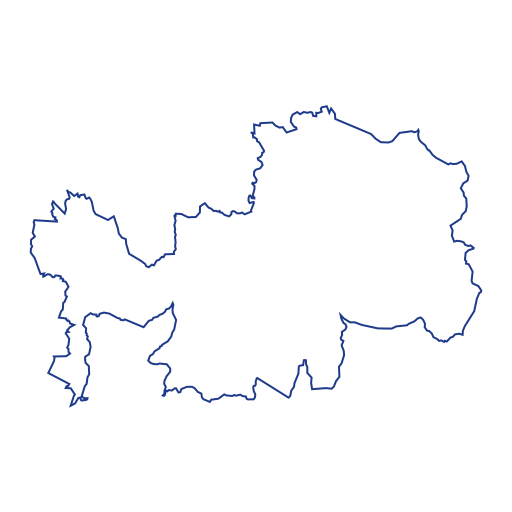 Albino Zertuche, Puebla, Mexico (Natural Earth projection)
{"feature_id": "50627088B37931704474648", "entity_name": "Albino Zertuche", "entity_type": "district", "adm_level": 2, "iso_a3": "MEX", "parent_name": "Mexico", "parent_adm1": "Puebla", "projection": "natural_earth1", "projection_center": [-98.563, 18.013], "detail": "fine", "context": "isolated", "style": "outline", "palette": "blue", "viewbox_px": 512, "rotation_deg": 0, "n_neighbors": 0, "source": "geoboundaries", "source_scale": "gbopen_adm2", "svg_char_len": 5987}
<svg xmlns="http://www.w3.org/2000/svg" viewBox="0 0 512 512"><path d="M462.6,334.8L462.9,330.7L464.9,326.0L474.2,311.2L476.9,298.6L479.4,292.8L480.8,292.3L481.3,290.5L478.3,286.0L472.6,283.4L471.6,280.9L472.6,271.6L468.8,264.3L466.0,263.6L466.3,261.3L465.0,259.9L465.6,252.9L468.7,250.2L473.5,248.6L473.7,247.9L470.5,245.4L468.5,246.0L465.2,244.9L463.7,242.3L460.9,241.3L456.9,240.8L454.2,241.6L451.9,235.8L452.6,230.5L450.5,225.6L460.7,218.9L462.1,214.8L465.7,211.2L466.7,206.6L466.3,198.7L463.9,195.6L463.6,192.5L460.8,188.3L463.3,183.3L467.5,180.7L468.6,175.9L466.3,171.7L465.0,166.1L461.7,161.4L456.6,163.8L452.7,164.1L450.5,163.3L448.3,164.4L436.1,157.8L432.8,155.1L429.2,150.3L428.3,150.3L427.0,148.6L425.2,145.3L420.6,141.6L418.8,138.8L418.1,134.5L418.8,131.2L418.3,129.9L417.4,131.3L414.4,132.3L411.8,131.2L399.5,132.9L392.4,141.1L388.5,142.5L380.8,142.2L375.6,138.7L371.0,134.0L335.3,119.0L334.9,113.7L331.1,108.5L329.3,112.8L326.8,106.3L321.8,107.3L320.8,108.7L321.7,111.7L318.2,113.0L316.3,112.8L316.3,116.3L313.2,115.9L312.2,112.7L310.6,112.0L307.3,112.8L303.8,112.0L300.1,114.2L297.2,112.1L292.7,114.6L291.1,117.9L290.8,121.9L294.1,126.7L296.2,127.5L296.5,129.2L286.6,132.5L282.7,127.1L279.5,127.6L275.3,125.5L272.5,122.5L260.4,123.2L259.8,125.8L254.1,124.5L254.5,133.5L250.8,132.3L252.7,133.6L253.3,137.5L254.5,137.3L257.0,139.3L257.1,141.2L259.3,142.6L264.1,150.9L263.5,152.3L262.2,152.8L262.1,154.8L260.5,156.9L257.7,158.2L258.2,159.9L261.4,161.9L262.6,164.9L260.2,168.3L256.0,169.6L254.2,171.5L254.0,175.4L256.7,179.9L256.1,182.2L254.6,183.1L252.7,182.7L252.2,183.7L254.5,186.0L254.4,189.4L252.7,195.7L254.3,197.4L254.4,198.4L251.9,198.2L250.3,195.5L249.4,195.7L248.6,197.8L248.5,200.7L249.6,203.0L253.6,202.0L253.9,203.1L251.0,210.4L251.3,211.6L244.7,214.3L241.9,212.5L240.4,213.3L237.1,213.3L234.3,211.3L232.6,211.2L231.5,212.0L231.3,214.3L229.1,216.4L224.5,214.9L221.8,212.5L220.2,212.5L219.6,210.9L217.8,211.7L216.1,210.8L213.6,211.0L211.4,208.8L208.6,207.6L204.8,203.2L200.0,206.5L199.9,212.4L195.9,217.0L188.2,217.3L181.3,214.0L175.8,213.7L175.6,215.7L174.9,215.3L174.4,215.9L175.6,220.8L174.4,225.0L175.2,229.4L174.7,231.8L175.8,235.0L175.0,236.8L175.6,242.2L175.1,246.2L175.8,249.1L173.8,251.9L174.0,254.0L165.0,254.3L163.6,257.2L161.9,256.8L158.9,260.0L156.7,260.6L153.9,265.4L152.0,264.6L148.8,267.2L146.2,266.2L145.2,264.0L140.9,260.8L129.1,253.8L126.2,243.9L125.8,239.1L121.9,237.6L118.8,233.5L117.8,228.2L113.8,216.3L108.0,220.0L95.6,214.1L93.6,210.8L91.9,202.1L90.2,198.6L89.1,197.5L86.6,198.8L85.7,198.1L84.4,194.5L80.2,195.2L79.4,197.2L78.1,196.6L77.5,193.6L74.2,196.0L70.2,192.4L68.4,192.1L67.0,189.8L69.7,197.5L68.9,199.0L67.4,199.1L65.7,200.6L65.1,203.6L66.1,209.0L64.7,213.6L54.0,202.7L53.6,201.6L53.1,201.4L52.0,204.1L53.7,208.6L51.3,211.7L52.4,212.9L52.2,214.4L53.4,216.8L55.4,217.4L54.8,219.0L56.6,219.9L56.9,221.6L34.4,220.2L33.7,222.2L34.4,224.6L32.7,232.9L34.9,236.5L31.1,239.7L31.0,244.1L32.2,246.5L30.9,248.7L30.7,252.5L34.6,257.9L40.5,274.0L44.1,273.5L43.1,275.1L43.3,276.7L47.9,274.1L50.4,274.8L52.7,277.2L54.4,277.1L55.1,275.7L56.0,275.4L60.3,276.1L60.9,276.5L60.5,278.5L62.7,278.7L63.3,279.6L62.8,281.1L65.7,281.7L68.5,286.8L65.2,291.7L65.5,295.5L66.9,296.5L64.4,302.1L63.2,302.9L62.8,309.5L61.1,311.3L58.9,317.6L66.2,318.5L66.2,319.5L67.7,321.0L68.2,320.5L69.4,321.4L70.1,323.5L74.2,324.9L69.9,327.2L67.2,330.3L68.6,331.9L66.6,332.0L65.7,333.2L69.2,338.7L68.5,344.9L67.2,347.7L68.4,348.8L68.6,352.1L70.0,353.6L66.2,356.2L53.9,356.5L54.5,357.9L54.0,361.1L48.3,373.0L69.3,384.0L68.1,385.9L66.7,386.1L65.7,388.0L70.8,388.3L74.9,394.6L73.9,395.8L70.7,405.7L75.1,403.4L78.3,398.0L80.6,397.4L80.7,399.7L81.5,400.5L85.7,400.0L87.2,399.4L87.5,398.2L84.0,398.2L81.7,396.3L84.8,386.2L86.6,383.9L87.5,377.3L89.2,374.2L88.8,366.0L85.6,362.9L85.0,358.9L85.3,356.6L89.0,354.3L90.6,347.0L89.8,342.2L87.1,339.1L87.8,336.4L86.6,335.2L86.8,333.6L85.8,332.6L86.1,328.3L83.1,325.0L85.2,317.1L90.7,313.2L93.2,314.5L96.4,314.6L96.5,316.2L97.4,316.6L99.0,315.8L99.6,313.8L103.9,312.6L109.4,313.6L117.6,318.1L119.8,318.4L120.5,319.8L123.4,320.3L124.8,319.4L143.6,327.2L148.8,320.8L152.0,319.9L153.3,317.9L157.9,316.5L159.5,314.9L162.5,313.8L165.0,311.7L166.2,309.3L168.9,308.6L171.0,306.5L172.7,303.1L173.3,305.0L172.5,309.3L172.7,313.0L176.1,319.9L174.2,329.5L172.3,332.5L171.2,336.6L167.8,341.3L162.1,344.8L161.7,346.0L160.0,346.5L159.6,348.1L154.6,351.3L152.9,354.1L150.0,355.8L148.2,360.6L150.6,362.9L153.0,363.9L157.2,364.3L159.5,363.5L166.8,364.3L170.2,368.5L170.2,371.7L166.6,376.2L164.4,381.1L164.2,383.8L165.8,387.0L164.5,390.8L164.4,393.8L162.8,395.5L164.0,395.9L164.9,394.8L165.7,391.2L166.4,390.7L167.4,391.3L168.7,390.1L171.9,390.5L174.7,388.4L176.0,388.3L178.5,392.5L180.3,392.1L181.3,389.1L186.9,386.8L191.9,386.8L194.5,388.1L197.8,391.9L201.4,393.6L201.9,397.4L203.4,399.2L209.9,401.9L211.2,399.7L218.4,398.7L224.3,394.4L226.3,395.4L232.3,396.0L234.4,395.0L235.9,395.7L240.2,394.7L242.9,396.2L245.9,396.5L246.6,398.8L247.9,399.4L253.6,399.3L255.0,397.3L255.3,394.4L253.7,390.9L253.2,387.4L253.7,385.9L255.2,385.7L255.8,384.3L255.7,381.4L256.8,378.2L257.4,378.1L288.5,397.6L290.2,396.0L291.3,390.7L294.0,386.8L294.5,383.1L298.4,373.6L298.8,366.9L299.4,365.8L303.1,365.1L303.9,360.2L304.8,360.0L305.9,360.3L306.1,364.6L307.3,366.7L307.3,372.9L311.6,377.6L311.1,383.0L312.1,389.2L326.0,388.1L331.7,388.7L333.9,386.5L336.0,381.2L339.4,376.8L339.0,366.7L341.6,363.3L344.1,355.1L343.7,350.7L341.6,345.5L343.4,340.9L341.3,339.8L340.7,338.2L342.1,335.0L341.9,331.9L345.4,329.5L346.5,326.9L345.6,324.4L343.5,322.9L341.5,319.1L340.6,315.0L343.6,318.3L350.0,322.3L354.8,322.3L361.7,324.9L377.9,328.4L391.7,328.6L396.3,326.4L407.0,325.3L408.8,323.8L414.3,321.4L417.9,318.3L420.7,317.5L423.1,319.7L425.0,323.7L424.7,327.2L427.0,330.6L429.2,331.0L431.8,333.5L433.4,337.1L437.3,339.1L439.1,340.9L441.2,340.4L444.1,341.9L444.9,340.8L446.8,341.5L450.7,337.4L452.8,336.9L455.0,334.4L459.0,333.7L462.6,334.8Z" fill="none" stroke="#1e3a8a" stroke-width="2"/></svg>